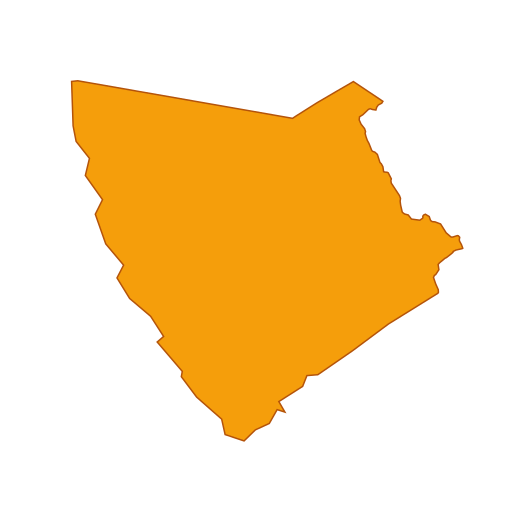 Greene, Tennessee, United States of America (Equal Earth projection), rotated 277°
{"feature_id": "52423323B75014079638055", "entity_name": "Greene", "entity_type": "district", "adm_level": 2, "iso_a3": "USA", "parent_name": "United States of America", "parent_adm1": "Tennessee", "projection": "equal_earth", "projection_center": [-82.804, 36.17], "detail": "fine", "context": "isolated", "style": "filled", "palette": "amber", "viewbox_px": 512, "rotation_deg": 277, "n_neighbors": 0, "source": "geoboundaries", "source_scale": "gbopen_adm2", "svg_char_len": 1586}
<svg xmlns="http://www.w3.org/2000/svg" viewBox="0 0 512 512"><g transform="rotate(277 256 256)"><path d="M425.0,363.1L441.0,331.4L429.9,316.7L415.7,298.1L400.1,279.0L397.1,275.5L408.2,57.7L406.8,51.7L362.9,58.6L347.8,63.5L332.6,78.8L315.1,76.8L293.2,96.8L277.9,91.4L249.7,105.4L230.8,125.7L217.3,120.7L198.4,135.8L183.3,158.8L164.9,174.1L158.6,168.4L132.5,196.9L127.1,196.6L108.7,214.3L89.9,241.8L75.0,247.1L71.0,266.7L83.4,276.6L91.4,289.6L106.1,295.7L104.6,303.7L114.3,296.4L132.3,318.2L143.5,321.1L145.7,331.8L173.6,363.2L204.7,395.8L241.2,441.1L242.2,441.5L244.8,441.0L250.3,437.7L256.3,434.8L258.5,435.4L259.4,436.6L264.7,439.2L269.8,437.8L271.5,438.9L276.8,443.9L277.6,445.2L281.8,449.4L283.7,451.1L284.5,451.1L286.3,453.8L288.4,459.7L288.9,460.3L292.4,458.5L295.6,456.2L296.9,455.8L299.4,455.9L300.7,454.4L300.8,453.4L298.9,449.2L298.6,447.9L298.8,447.0L302.2,441.9L310.3,435.3L311.7,429.5L311.6,426.8L312.1,425.6L313.0,424.7L316.3,423.1L318.1,419.0L317.1,417.4L315.8,416.7L314.7,417.0L313.8,416.8L311.5,414.2L311.6,406.6L311.6,405.8L315.3,402.1L315.8,398.4L316.6,396.9L317.4,395.8L324.0,393.4L327.9,392.4L330.8,392.4L333.5,391.0L344.8,381.4L347.3,380.7L349.1,380.9L354.7,377.1L355.1,375.9L355.0,373.8L355.2,372.4L360.0,371.1L362.7,369.2L364.0,367.6L371.6,364.1L373.6,361.3L374.1,358.9L374.9,358.0L381.5,354.4L384.3,352.4L387.9,350.6L391.2,349.3L392.7,349.6L395.6,348.3L399.7,344.2L403.7,341.8L406.8,341.8L409.2,344.8L415.2,349.7L416.1,351.3L415.6,353.8L415.5,357.2L418.4,357.7L420.8,359.0L423.0,362.2L425.0,363.1Z" fill="#f59e0b" stroke="#b45309" stroke-width="1.5"/></g></svg>